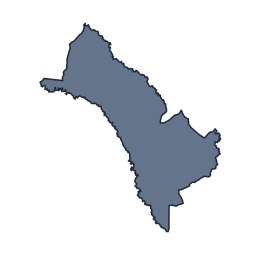 Nova Alvorada do Sul, Mato Grosso do Sul, Brazil, rotated 192°
{"feature_id": "56859067B14433978209607", "entity_name": "Nova Alvorada do Sul", "entity_type": "district", "adm_level": 2, "iso_a3": "BRA", "parent_name": "Brazil", "parent_adm1": "Mato Grosso do Sul", "projection": "robinson", "projection_center": [-54.18, -21.459], "detail": "fine", "context": "isolated", "style": "filled", "palette": "slate", "viewbox_px": 256, "rotation_deg": 192, "n_neighbors": 0, "source": "geoboundaries", "source_scale": "gbopen_adm2", "svg_char_len": 5869}
<svg xmlns="http://www.w3.org/2000/svg" viewBox="0 0 256 256"><g transform="rotate(192 128 128)"><path d="M191.5,221.2L192.0,220.8L192.6,219.3L191.9,218.3L191.8,214.6L193.4,210.2L194.5,209.5L195.7,207.0L196.7,206.0L197.2,204.4L199.1,201.5L201.1,200.0L202.6,197.8L201.2,194.6L202.0,182.5L200.9,178.5L201.0,176.9L200.4,173.0L202.4,170.3L202.8,169.1L201.9,167.0L202.6,163.4L201.8,160.8L220.4,159.0L221.9,156.0L223.4,154.6L223.1,153.7L221.4,151.6L221.4,150.8L220.1,150.6L220.0,151.3L219.5,151.7L218.3,152.1L217.6,151.9L217.2,148.5L215.5,149.5L214.8,148.1L213.1,148.4L212.5,147.8L213.1,147.4L212.9,146.8L208.2,148.0L207.5,149.8L206.9,149.6L204.4,150.5L203.5,150.3L203.1,150.9L203.8,151.0L204.3,151.5L204.3,152.5L202.8,152.1L201.4,152.5L201.2,153.2L200.4,153.2L200.0,152.3L201.0,151.3L200.6,150.0L197.9,150.5L197.4,150.8L197.5,151.7L197.2,152.3L196.6,151.9L196.7,151.2L195.7,150.4L195.3,149.0L195.1,149.7L194.4,149.9L193.2,149.6L192.8,150.2L191.4,149.7L190.9,149.8L189.9,148.9L188.1,148.1L187.7,146.7L186.7,145.7L185.8,145.4L186.0,146.1L185.3,147.8L184.5,147.8L183.9,146.9L183.4,147.5L183.3,148.4L182.5,148.8L182.2,149.5L178.8,148.5L177.2,149.2L177.2,148.3L176.0,148.4L175.6,147.5L173.9,147.3L172.7,146.2L171.4,146.3L169.3,145.2L168.9,144.5L166.7,144.6L165.7,145.4L164.7,145.2L163.2,144.1L162.2,144.4L161.9,143.6L161.3,143.0L160.5,143.0L159.9,143.7L159.0,143.7L158.6,143.2L158.3,141.5L156.6,140.0L156.5,139.2L155.9,138.7L154.3,138.7L153.6,138.1L154.3,136.7L153.9,135.7L153.6,136.6L152.9,136.5L151.2,134.3L149.4,133.6L149.0,133.2L149.0,131.6L148.7,131.0L148.0,131.3L147.2,129.9L145.7,129.4L144.7,130.2L144.1,130.0L144.5,128.3L143.9,127.2L142.0,126.4L141.3,126.9L140.7,126.3L141.1,125.1L140.6,124.6L139.0,123.9L138.3,124.1L137.8,122.7L137.3,122.2L137.2,121.4L137.7,120.9L137.7,120.0L136.7,119.8L136.3,119.1L136.8,118.2L135.3,117.1L134.5,117.5L133.4,117.0L132.8,116.4L133.1,115.8L130.2,112.5L129.9,111.0L128.0,108.9L125.7,107.3L126.0,106.7L125.5,106.0L122.9,105.1L123.2,104.6L123.0,104.1L121.9,104.3L121.5,104.0L120.5,101.5L120.1,99.3L119.3,99.1L119.8,97.4L120.6,96.0L119.9,95.7L119.2,96.1L117.1,95.7L118.2,94.1L118.2,93.5L117.4,93.3L115.4,94.4L114.8,94.1L114.9,93.0L114.1,91.4L114.3,89.9L114.9,89.6L115.0,90.3L116.3,90.5L116.7,88.2L115.8,87.2L114.9,88.7L113.3,87.6L112.0,87.6L111.6,87.2L111.5,86.5L112.0,85.8L111.6,84.9L110.9,84.5L110.6,83.5L110.0,83.4L110.0,84.2L109.5,84.7L108.1,83.5L109.1,83.1L109.3,81.4L110.2,80.1L110.0,78.8L110.3,77.1L107.9,75.3L108.4,73.4L109.0,72.9L108.3,72.7L107.0,71.1L106.3,71.5L105.5,70.7L104.1,70.8L102.7,69.6L102.3,68.8L103.0,68.2L103.8,68.7L104.8,67.6L103.8,66.7L104.6,65.4L104.7,64.0L103.6,63.6L103.3,63.0L102.6,63.0L101.8,62.0L100.5,62.3L99.1,61.1L98.6,59.5L98.0,59.2L96.9,60.2L95.8,58.9L95.5,58.2L96.0,57.6L95.4,56.8L94.9,57.4L94.2,57.3L93.9,56.5L92.2,56.7L91.5,56.3L90.7,57.2L90.1,57.1L89.2,55.8L89.0,54.0L88.3,53.8L87.5,52.4L87.4,51.0L87.8,50.2L87.1,49.9L86.7,49.2L87.1,48.4L86.7,48.0L85.9,48.2L84.6,46.4L83.1,46.2L84.3,44.5L83.9,43.9L82.5,43.7L82.1,43.1L80.7,42.7L81.5,41.3L80.9,40.6L80.2,40.4L79.7,41.0L77.1,40.5L76.1,39.1L75.3,39.1L74.8,37.7L73.1,37.9L72.7,37.4L70.2,36.6L68.9,34.8L67.3,35.0L67.0,37.8L71.7,60.5L68.4,62.1L67.9,61.7L64.7,61.5L63.1,63.2L58.4,65.7L59.9,68.9L61.8,71.5L64.3,73.8L65.6,77.6L63.3,78.6L55.9,84.0L55.9,85.4L55.6,86.2L54.0,88.1L53.4,88.6L51.8,88.5L51.2,88.8L50.3,90.1L48.2,91.8L45.8,94.7L44.2,95.6L43.6,96.6L39.0,97.0L38.3,97.5L37.6,98.5L37.5,99.3L38.1,100.7L38.1,101.8L37.2,105.2L34.3,106.3L33.8,107.0L34.1,108.9L33.6,110.3L33.0,110.4L32.8,111.0L33.7,112.0L33.9,113.0L34.5,113.2L34.8,113.9L34.6,114.6L36.1,116.8L36.2,117.6L35.1,118.5L33.2,121.6L32.6,121.8L33.8,122.8L33.5,123.5L33.8,124.2L35.0,125.0L34.4,126.3L34.9,126.7L37.1,127.0L37.6,127.5L38.0,128.7L39.5,129.3L39.7,130.0L39.6,132.5L37.7,132.4L37.7,133.0L35.8,134.3L35.7,134.9L36.9,135.7L35.2,136.5L36.1,137.8L37.0,138.0L37.1,138.8L36.6,139.1L36.4,140.0L38.1,141.9L40.0,140.8L41.1,140.6L41.6,140.8L41.7,141.4L40.3,142.8L40.6,143.7L42.6,145.2L44.1,142.1L47.5,140.5L51.0,134.2L51.9,134.3L57.4,136.5L66.9,141.8L69.6,144.7L70.9,149.5L73.4,150.0L75.2,150.8L78.4,154.5L78.7,155.6L79.7,156.2L80.4,153.9L81.7,151.9L85.2,150.1L88.9,144.7L90.2,143.5L93.8,140.5L97.1,139.8L97.7,140.1L97.9,144.8L97.6,146.7L96.9,148.1L93.9,151.8L93.9,152.9L94.4,154.8L96.0,157.4L96.0,159.2L97.3,159.6L97.5,160.2L98.0,160.4L98.3,161.8L99.2,162.9L99.8,162.3L101.1,163.2L102.7,165.2L103.1,166.5L103.6,166.9L104.2,166.8L104.7,166.0L105.3,166.5L105.0,167.4L106.1,168.5L107.0,168.2L107.2,167.6L108.5,169.2L107.9,170.3L108.1,171.1L109.1,171.2L109.4,172.0L110.5,172.3L111.1,172.9L111.9,172.8L112.5,173.3L112.5,174.1L113.2,174.4L114.9,173.0L116.6,174.1L118.1,176.3L119.2,177.2L118.6,180.2L120.0,182.0L120.8,181.5L122.2,181.5L122.8,182.8L123.6,183.1L125.3,183.3L125.5,182.7L126.9,182.9L128.6,183.7L129.3,184.8L130.7,185.0L130.8,185.6L131.7,185.9L132.4,185.7L133.0,184.3L134.8,184.3L134.9,185.3L135.7,185.5L135.6,186.2L135.8,186.8L136.3,187.0L136.7,186.6L138.1,186.6L139.6,185.6L140.2,185.7L140.3,186.4L141.4,187.2L143.4,187.0L145.0,188.3L145.5,189.0L145.2,189.7L145.9,190.0L146.0,189.4L146.6,189.6L147.9,190.7L148.2,191.6L149.2,190.8L149.9,190.8L153.8,193.3L155.5,192.8L156.7,192.0L157.3,193.4L157.2,194.2L157.7,194.0L158.2,194.4L157.9,195.6L158.9,196.7L159.0,197.4L159.9,197.8L160.5,199.1L161.9,199.6L162.3,201.5L161.8,202.6L162.2,203.3L163.5,203.1L163.9,205.2L163.2,205.6L163.4,206.4L162.4,206.2L162.9,207.4L163.5,207.6L164.1,207.1L166.6,208.5L168.3,208.1L168.3,208.7L170.3,209.3L171.2,210.1L171.8,210.1L171.3,211.3L172.9,212.8L173.6,212.4L175.0,212.5L176.4,213.3L176.7,215.1L177.4,216.1L179.6,216.0L181.2,216.9L182.0,217.0L183.6,215.9L187.5,219.1L187.7,220.1L188.2,220.6L190.3,219.0L191.2,219.5L191.5,221.2ZM207.9,152.1L207.4,152.3L207.2,151.7L207.8,150.5L207.9,152.1ZM195.3,149.0L196.0,148.5L195.4,148.1L195.0,148.4L195.3,149.0Z" fill="#64748b" stroke="#1e293b" stroke-width="1.5"/></g></svg>